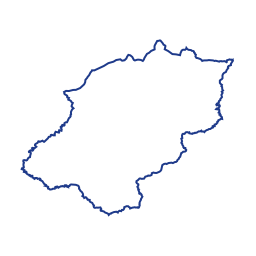 Calvas, Loja, Ecuador, rotated 87°
{"feature_id": "8360857B77805583896778", "entity_name": "Calvas", "entity_type": "district", "adm_level": 2, "iso_a3": "ECU", "parent_name": "Ecuador", "parent_adm1": "Loja", "projection": "natural_earth1", "projection_center": [-79.585, -4.34], "detail": "fine", "context": "isolated", "style": "outline", "palette": "blue", "viewbox_px": 256, "rotation_deg": 87, "n_neighbors": 0, "source": "geoboundaries", "source_scale": "gbopen_adm2", "svg_char_len": 5838}
<svg xmlns="http://www.w3.org/2000/svg" viewBox="0 0 256 256"><g transform="rotate(87 128 128)"><path d="M123.9,33.5L122.0,33.7L120.7,35.0L120.0,34.8L119.5,36.0L118.2,35.4L117.4,36.7L116.0,35.8L114.4,36.0L113.8,39.0L113.2,38.5L112.8,36.4L111.9,36.0L111.3,35.3L110.4,35.2L109.9,35.5L110.0,38.3L109.3,38.6L108.3,37.9L107.6,35.9L106.8,36.1L105.7,35.6L105.1,34.4L104.1,34.4L102.0,32.5L99.9,33.0L97.9,31.7L96.7,32.5L95.5,31.1L94.6,31.8L91.9,31.9L91.1,32.6L89.9,31.9L88.8,33.2L87.8,33.9L85.5,33.8L84.9,33.2L84.2,31.8L83.2,31.0L80.4,30.9L79.1,30.3L78.0,29.2L77.2,27.3L75.4,26.5L73.3,24.7L72.6,25.1L72.0,24.9L71.3,24.2L70.6,21.9L69.3,21.9L66.3,19.7L65.6,19.8L66.1,20.3L65.2,21.0L65.1,22.4L64.8,22.9L65.6,25.7L66.8,26.1L67.9,25.5L66.3,27.9L66.4,30.8L66.1,31.2L66.1,32.8L66.5,33.4L65.4,36.9L65.6,38.0L65.0,39.4L64.4,43.7L64.6,45.2L64.5,48.9L64.9,50.4L64.0,50.9L62.9,52.2L61.8,54.9L61.6,56.0L60.1,56.9L58.3,56.4L57.8,57.1L56.4,57.5L56.1,58.1L55.0,58.2L54.5,58.9L54.2,60.3L53.5,61.0L53.1,63.4L52.3,64.7L51.1,65.5L52.0,65.8L52.9,66.9L52.7,68.9L53.4,70.3L55.9,71.6L58.0,72.2L57.0,76.1L56.5,79.8L53.2,83.9L51.3,87.2L48.1,86.3L47.6,86.6L46.6,88.2L45.3,88.8L42.5,90.9L42.2,91.5L42.6,93.1L42.6,94.3L47.0,97.0L48.2,97.3L50.9,97.3L52.2,100.8L54.0,103.0L55.0,105.2L58.9,107.9L60.5,108.6L61.8,109.7L60.7,111.6L60.3,113.9L60.3,115.2L60.9,117.6L60.3,118.6L57.3,120.0L55.9,121.5L55.5,122.0L55.0,123.8L56.8,125.2L58.7,126.1L59.1,126.8L60.2,127.9L60.2,128.9L60.5,129.6L60.3,130.7L59.0,132.0L59.5,136.2L61.0,139.0L62.2,144.2L64.8,148.9L68.7,158.6L68.5,160.9L69.4,161.3L70.5,162.5L73.3,164.1L74.9,165.7L75.6,166.0L77.7,168.0L80.1,168.4L82.1,169.5L85.6,173.7L87.2,178.1L87.1,180.7L88.0,185.1L87.7,187.9L88.6,189.8L89.0,189.5L89.7,189.9L90.9,189.5L92.5,187.1L93.1,186.9L93.8,187.2L94.3,187.0L94.9,185.4L96.4,186.2L96.7,186.1L97.0,185.0L98.0,183.6L99.4,182.9L100.1,181.8L102.4,183.0L103.5,183.2L105.5,181.4L106.5,182.8L108.7,184.0L109.8,184.2L111.3,184.1L112.1,184.8L113.0,184.6L114.1,185.2L115.1,186.5L119.1,188.6L119.1,190.0L119.8,191.2L120.8,191.4L121.6,191.1L122.1,191.4L122.3,191.7L122.2,192.6L121.6,192.9L121.5,193.4L121.8,193.7L122.5,193.4L123.1,193.8L122.9,194.3L123.2,195.0L124.0,194.7L124.4,195.1L125.0,194.6L126.1,194.3L127.3,194.6L126.6,196.8L127.6,197.2L128.7,197.0L129.0,197.2L128.0,200.5L130.1,201.7L130.8,201.4L131.5,201.5L131.4,203.1L130.8,204.5L131.0,205.4L131.8,205.5L132.5,206.0L132.7,207.6L134.1,208.5L137.4,212.4L137.3,212.9L136.2,214.0L137.2,216.8L136.7,217.5L136.6,218.2L138.0,219.0L139.2,221.3L139.7,221.7L140.5,221.8L141.9,220.5L143.3,222.4L142.8,224.3L143.1,224.9L144.0,224.6L144.8,223.7L145.4,224.1L145.7,224.7L145.2,226.5L145.9,227.8L146.5,228.2L146.9,228.1L147.0,227.1L147.5,226.5L148.5,226.4L150.1,227.0L152.0,227.4L152.2,228.3L152.7,229.1L154.7,230.4L155.1,231.1L154.6,233.4L154.9,234.2L156.1,234.3L157.3,233.7L158.4,234.3L161.2,234.3L161.6,234.0L162.4,234.5L162.7,236.0L163.5,236.3L164.6,233.7L166.4,234.3L166.7,233.3L166.1,233.2L166.0,232.6L166.4,231.8L166.8,231.7L167.0,232.4L167.6,232.1L169.0,230.8L169.7,228.8L170.3,229.0L170.5,228.7L170.2,228.7L170.3,228.1L171.2,227.5L170.6,226.4L170.7,226.0L172.4,226.0L173.2,224.5L174.0,224.1L173.9,223.8L173.1,223.3L173.1,221.8L173.3,221.4L174.1,221.0L173.8,219.0L174.1,218.3L174.7,218.0L175.4,218.5L176.6,216.3L179.5,214.6L180.7,212.7L181.3,212.5L181.6,213.3L182.5,210.9L182.8,210.7L183.6,211.1L184.3,211.0L184.8,209.7L185.4,209.1L185.2,207.1L184.7,206.2L184.8,204.3L183.1,203.7L183.0,203.3L183.7,202.7L182.7,201.8L183.1,201.1L184.0,200.7L182.7,198.2L182.8,197.0L182.5,196.7L183.2,194.7L182.1,194.4L181.9,194.1L182.0,192.5L182.3,192.4L182.8,193.3L183.9,190.9L182.9,191.0L182.9,189.5L181.7,188.7L181.4,187.8L182.0,183.1L183.1,180.6L184.7,179.9L186.1,180.1L186.7,179.5L188.1,178.9L189.7,177.3L191.3,176.5L192.9,176.3L193.6,177.1L194.7,175.7L195.6,175.4L194.9,173.8L195.4,173.1L196.5,172.7L197.0,171.9L197.6,171.9L197.8,170.0L199.2,170.1L199.9,169.5L200.9,167.6L203.0,166.7L203.5,166.0L204.6,166.4L205.5,166.1L206.0,165.2L205.8,163.3L206.0,162.5L205.9,159.7L207.6,158.9L208.5,159.7L209.2,159.5L210.0,156.6L211.2,155.3L212.1,153.2L212.8,152.1L213.8,151.8L212.4,150.0L212.5,149.2L212.0,148.7L211.2,146.4L211.0,144.0L211.9,142.6L211.1,142.2L210.2,140.9L210.7,139.1L209.5,138.4L209.6,137.2L209.1,136.6L208.1,136.0L206.9,135.9L206.0,133.4L206.2,131.8L207.0,131.2L207.4,130.4L208.5,130.1L207.8,128.0L207.5,125.3L207.9,124.3L207.7,122.7L208.1,122.5L208.2,121.6L207.9,121.2L205.6,120.3L204.9,120.6L204.2,120.3L203.6,120.5L202.1,119.9L200.3,118.8L199.7,118.8L197.3,117.2L195.8,118.1L195.2,117.9L194.0,118.9L194.3,120.0L193.6,120.3L192.9,120.0L190.5,120.9L190.2,120.4L189.5,121.0L188.7,120.8L188.1,121.4L187.1,121.7L186.2,120.8L184.8,120.6L183.6,122.0L182.8,122.5L181.5,122.3L180.6,120.8L179.1,119.2L179.0,118.6L179.5,116.9L179.4,114.6L177.5,113.3L176.9,110.6L176.5,110.3L176.8,108.7L176.2,107.0L175.1,106.7L174.7,106.3L174.3,106.4L173.8,105.0L174.2,103.9L174.4,101.8L173.3,98.8L172.6,97.8L171.6,97.0L166.9,95.7L165.9,94.1L165.6,92.8L165.7,91.9L166.0,91.3L165.1,89.3L164.9,86.3L165.4,85.0L164.5,83.1L164.4,81.8L163.6,80.7L162.4,80.2L161.4,78.8L160.4,78.5L159.5,77.4L155.8,76.1L155.5,75.2L154.6,74.2L154.5,72.2L153.8,71.2L152.9,71.0L152.0,71.8L151.0,71.8L150.9,73.1L150.6,73.1L150.2,73.7L149.1,73.7L147.5,74.7L146.3,74.7L145.6,75.5L144.0,74.7L141.4,75.3L140.9,74.3L138.5,74.5L137.1,74.0L136.7,73.4L136.8,71.8L135.4,70.6L135.2,69.2L135.7,68.0L135.5,67.1L136.5,67.0L137.2,64.2L136.7,63.7L136.8,62.6L136.3,61.8L136.5,61.2L136.2,60.5L136.3,59.7L135.1,57.7L135.2,56.2L134.5,54.9L135.4,54.5L135.5,52.6L136.1,51.9L135.1,51.1L134.2,49.5L133.9,48.2L133.3,47.3L133.3,45.9L132.3,44.3L132.0,43.1L131.7,42.9L131.1,43.5L130.6,43.4L130.4,42.7L130.6,41.3L129.1,41.3L128.7,39.6L128.1,39.4L127.5,38.5L126.4,38.5L126.1,37.6L125.0,37.4L124.3,35.5L123.6,34.7L123.9,33.5Z" fill="none" stroke="#1e3a8a" stroke-width="2"/></g></svg>